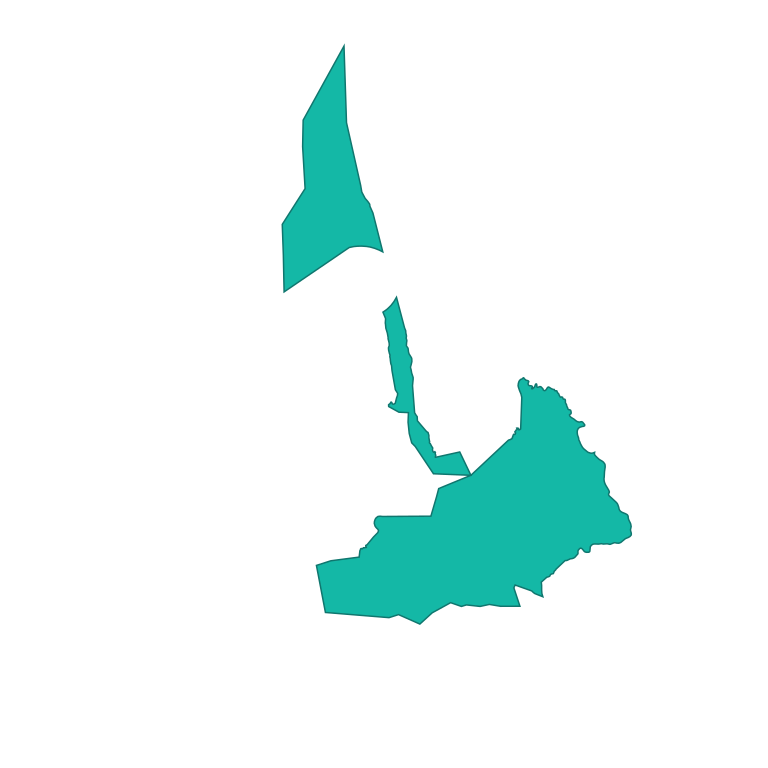 the district of Grímsnes- og Grafningshreppur, Suðurland, Iceland, rotated 318°
{"feature_id": "244011B74100778143587", "entity_name": "Grímsnes- og Grafningshreppur", "entity_type": "district", "adm_level": 2, "iso_a3": "ISL", "parent_name": "Iceland", "parent_adm1": "Suðurland", "projection": "albers", "projection_center": [-20.782, 64.303], "detail": "fine", "context": "isolated", "style": "filled", "palette": "teal", "viewbox_px": 768, "rotation_deg": 318, "n_neighbors": 0, "source": "geoboundaries", "source_scale": "gbopen_adm2", "svg_char_len": 6161}
<svg xmlns="http://www.w3.org/2000/svg" viewBox="0 0 768 768"><g transform="rotate(318 384 384)"><path d="M187.6,514.6L231.4,561.0L240.5,565.1L250.0,586.4L266.8,586.3L287.2,591.1L292.7,601.1L297.4,603.3L306.6,613.6L314.8,618.3L321.9,627.2L336.3,640.1L344.1,622.4L346.9,621.1L355.3,636.6L355.5,639.0L355.8,640.5L356.5,642.0L359.7,648.4L361.1,645.4L363.2,642.7L366.5,639.0L368.3,636.5L375.6,636.5L377.7,637.5L378.6,637.7L379.7,637.2L380.5,637.1L381.4,637.3L383.0,638.2L385.2,637.1L387.2,637.0L388.1,636.7L400.5,636.4L401.2,637.1L402.1,637.6L405.5,638.6L406.9,639.6L408.5,640.3L410.0,640.5L414.3,640.0L414.8,639.7L416.3,638.0L417.1,637.5L418.7,637.3L419.5,637.3L420.2,637.5L420.6,637.9L420.9,638.7L421.0,639.7L420.8,642.0L420.9,643.0L421.3,643.8L422.0,644.7L423.7,646.1L424.7,646.2L425.1,646.0L428.4,643.0L430.2,642.6L431.9,642.8L432.6,643.2L433.5,643.8L436.4,646.6L438.7,648.1L439.9,649.7L442.6,651.8L443.2,652.4L444.5,654.2L445.1,654.6L448.9,656.0L450.0,657.2L450.6,658.1L452.1,659.5L453.9,660.2L459.2,660.4L460.4,660.6L462.8,661.5L464.7,661.9L466.5,661.7L467.3,661.1L468.0,660.2L469.1,658.0L469.7,657.2L472.3,655.3L473.5,653.4L473.9,652.6L474.9,649.1L475.3,648.0L476.2,646.5L476.9,645.7L477.2,644.9L477.3,644.0L477.1,643.1L476.6,641.8L475.1,638.7L474.7,637.4L474.6,636.5L474.6,636.4L474.6,636.0L474.7,635.2L475.1,634.1L476.0,632.6L477.0,630.2L477.3,629.2L477.4,628.3L477.4,627.0L476.5,617.7L476.6,616.9L477.3,616.0L477.9,615.6L478.6,615.5L479.2,615.0L479.6,614.3L480.0,613.0L481.1,607.4L481.7,605.5L482.5,603.8L483.1,602.9L484.1,601.6L485.4,600.5L489.2,596.7L492.8,593.7L494.2,592.0L494.6,591.0L494.7,590.0L494.8,588.9L494.6,587.6L493.5,584.1L493.2,581.2L493.1,578.5L493.2,577.6L493.6,576.7L494.8,575.7L493.1,575.1L491.5,574.0L490.1,571.6L489.8,570.8L489.1,565.8L489.1,564.2L489.3,562.9L490.1,559.7L490.8,558.0L491.4,555.9L492.5,554.3L493.7,551.4L494.9,549.6L496.0,548.4L497.0,547.7L498.7,547.0L500.6,547.2L503.0,548.3L504.0,549.0L505.0,549.3L505.8,548.8L506.0,547.5L506.1,545.2L505.8,544.5L505.4,544.0L503.5,542.9L502.4,541.1L502.0,539.5L501.7,537.3L500.7,533.9L500.6,532.5L500.9,531.5L501.2,531.0L501.7,531.0L502.8,531.2L503.6,530.9L504.4,529.9L505.1,528.5L504.9,527.7L504.0,526.4L504.0,525.5L504.5,524.7L505.0,522.8L505.8,521.5L506.3,519.3L507.7,517.7L508.1,517.1L508.2,516.5L508.1,516.1L507.4,515.6L507.2,515.3L507.2,515.1L507.4,514.3L507.8,513.4L507.7,513.1L507.4,512.5L506.5,512.1L506.4,511.9L506.3,511.4L506.7,509.5L507.2,508.5L507.2,508.2L507.2,507.1L507.3,506.0L507.7,505.2L507.8,504.8L507.5,504.3L506.6,503.5L506.6,502.7L506.8,502.1L506.8,501.9L506.3,501.5L505.6,500.2L505.2,499.3L504.6,497.0L504.3,496.5L504.0,496.1L502.8,496.1L500.8,496.7L500.2,496.7L499.1,496.6L498.6,496.0L498.5,495.6L498.4,494.9L498.9,493.8L498.8,491.2L498.6,490.8L498.1,490.2L496.3,489.5L495.9,489.2L495.7,488.7L495.7,488.4L495.9,488.1L496.5,487.5L497.3,486.3L497.3,486.0L497.1,485.7L496.6,485.6L496.2,485.7L494.0,486.9L493.2,487.0L491.4,487.0L490.8,486.6L490.7,486.4L490.9,486.1L491.3,485.8L492.1,485.7L492.4,485.5L492.6,485.0L492.5,484.4L492.0,483.6L491.0,482.6L490.8,482.3L490.7,481.8L490.8,480.9L491.3,480.1L493.2,479.1L493.3,478.1L492.6,476.9L492.1,476.2L492.0,475.8L492.0,475.0L491.8,474.5L491.8,473.9L492.0,473.0L491.8,472.7L491.4,472.6L489.4,472.5L488.9,472.1L487.9,472.0L486.2,472.3L484.3,473.4L482.5,475.0L481.8,476.2L480.4,479.4L479.1,483.1L477.4,486.2L455.9,508.4L455.3,508.9L454.8,508.9L454.1,508.5L453.6,508.4L453.6,507.9L453.8,507.8L454.2,507.1L454.0,506.9L453.6,506.9L453.7,506.3L453.8,506.2L453.1,505.6L453.0,505.8L452.9,506.5L452.6,506.7L452.2,506.8L451.3,506.6L450.8,506.9L449.4,507.0L449.1,507.4L449.0,508.5L448.5,508.6L448.1,509.0L447.3,509.0L446.8,508.2L445.8,508.4L444.9,509.0L444.6,509.1L444.6,509.3L444.2,509.5L443.9,509.5L443.5,509.7L443.2,510.1L442.7,510.0L442.1,510.3L441.5,509.9L441.0,509.9L440.8,509.8L440.1,509.6L439.8,509.3L438.8,509.0L387.5,510.0L354.7,498.3L347.7,502.9L330.4,513.6L294.3,481.5L292.6,479.6L290.9,478.4L288.7,478.2L287.0,478.6L285.0,479.7L283.5,481.1L282.3,483.6L282.1,485.2L282.1,486.6L282.2,487.4L282.2,488.2L281.8,489.2L281.0,489.8L279.9,490.3L273.7,490.7L263.5,492.2L263.2,491.9L262.4,491.8L261.8,492.6L261.8,493.0L261.5,493.6L260.7,493.0L259.8,492.6L259.2,491.9L257.8,492.0L257.5,491.8L257.0,491.0L256.3,490.9L255.1,491.6L254.5,491.8L249.7,496.0L226.2,479.8L212.4,473.6L187.6,514.6ZM371.4,248.7L449.5,259.3L453.6,261.7L456.7,264.0L459.7,266.6L463.0,270.0L465.4,273.0L467.9,277.0L470.0,281.2L471.5,285.0L490.2,249.5L492.5,242.4L493.3,241.4L493.7,240.7L493.8,240.1L494.1,237.6L494.2,233.4L495.6,227.8L496.0,226.4L499.6,220.7L531.0,164.7L580.4,106.1L500.5,133.8L482.4,153.1L456.1,186.0L415.2,197.3L395.5,220.8L371.4,248.7ZM387.5,510.0L394.8,485.2L373.3,473.0L373.2,472.9L373.2,472.7L374.8,471.6L375.4,470.0L376.3,469.4L376.5,468.5L376.5,468.3L375.7,468.2L375.3,468.0L375.2,467.7L375.2,467.3L375.3,466.7L376.1,465.2L377.4,464.2L377.9,461.4L378.4,459.7L378.5,459.2L378.3,458.7L378.4,458.2L378.6,457.9L379.6,457.1L379.7,456.7L380.8,455.0L381.2,454.2L383.0,452.2L383.6,450.9L384.2,449.7L384.3,449.5L384.0,448.8L383.8,447.1L384.2,433.7L386.8,430.5L387.0,428.6L387.5,425.9L404.1,404.3L408.8,400.0L409.8,398.9L410.1,398.5L411.9,394.4L413.7,391.5L414.6,389.7L415.2,389.0L417.0,387.9L419.7,386.0L421.5,383.9L422.0,382.8L422.8,378.3L423.7,376.5L425.5,374.0L425.8,373.4L425.9,373.0L426.1,370.9L426.2,370.6L428.4,368.4L429.9,367.2L430.6,366.0L431.1,364.8L432.7,363.5L433.2,362.8L434.3,360.8L435.8,358.9L436.8,356.1L451.3,327.9L446.6,329.4L441.8,330.3L436.8,330.5L434.3,330.3L431.3,329.9L429.0,336.3L428.7,336.7L425.7,339.6L425.3,340.3L422.7,343.8L420.6,348.3L418.1,352.3L417.3,353.1L415.3,356.9L413.7,358.9L411.5,360.1L410.1,361.9L408.4,365.0L408.0,366.1L407.5,366.8L406.6,367.6L405.5,369.5L404.6,370.6L403.3,372.5L402.5,373.8L402.1,375.0L401.6,375.8L398.9,379.4L388.6,395.9L387.9,400.1L386.2,401.6L384.1,402.7L379.5,405.8L378.3,405.7L377.3,405.2L377.1,404.9L377.0,404.4L377.4,402.8L377.3,402.4L377.2,402.2L376.6,402.1L375.6,402.7L374.7,402.5L373.5,402.5L372.5,403.7L372.4,403.9L376.2,414.9L383.0,421.6L376.3,428.5L369.6,437.7L365.2,446.3L365.4,451.4L360.7,483.8L387.5,510.0Z" fill="#14b8a6" stroke="#0f766e" stroke-width="1.5"/></g></svg>